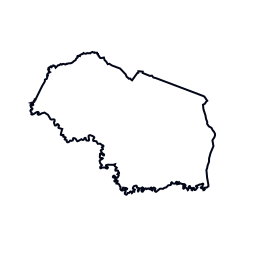 the district of Kaeng Sanam Nang, Nakhon Ratchasima, Thailand, rotated 247°
{"feature_id": "78962969B3158146073423", "entity_name": "Kaeng Sanam Nang", "entity_type": "district", "adm_level": 2, "iso_a3": "THA", "parent_name": "Thailand", "parent_adm1": "Nakhon Ratchasima", "projection": "natural_earth1", "projection_center": [102.24, 15.708], "detail": "fine", "context": "isolated", "style": "outline", "palette": "ink", "viewbox_px": 256, "rotation_deg": 247, "n_neighbors": 0, "source": "geoboundaries", "source_scale": "gbopen_adm2", "svg_char_len": 5703}
<svg xmlns="http://www.w3.org/2000/svg" viewBox="0 0 256 256"><g transform="rotate(247 128 128)"><path d="M122.1,211.6L126.9,210.6L127.7,210.1L162.9,173.3L164.6,171.1L166.8,170.5L167.4,168.5L172.9,163.0L174.1,163.6L174.3,163.3L176.2,159.7L174.8,159.0L175.0,158.1L170.3,150.4L171.8,149.5L172.5,149.5L173.0,148.6L173.1,148.0L174.7,147.4L175.5,146.8L178.3,146.8L185.8,144.0L191.9,137.6L194.4,135.9L194.7,134.3L197.6,133.9L199.7,133.0L202.3,133.3L202.7,131.0L203.3,129.8L204.2,129.7L204.7,129.3L205.5,129.5L206.1,129.0L207.8,129.3L208.0,128.7L209.4,128.9L210.0,127.5L210.6,126.8L210.4,126.5L210.8,126.2L211.0,125.6L211.8,125.2L211.9,123.8L211.5,122.3L211.9,121.9L212.4,120.4L212.9,119.7L212.8,118.2L213.9,116.6L214.4,116.3L213.8,115.1L214.1,114.4L213.8,112.2L213.0,111.8L213.9,110.5L214.0,109.7L213.5,109.3L213.0,109.6L212.5,108.9L212.1,107.4L211.0,106.3L210.6,103.9L210.1,102.9L209.9,100.9L210.8,98.2L210.8,96.7L211.2,96.4L210.9,95.3L212.2,93.7L212.6,92.0L212.3,91.7L213.2,90.8L212.7,89.6L212.8,88.6L213.1,88.3L211.8,84.9L213.8,84.8L214.7,83.8L214.4,83.6L214.4,82.4L213.9,81.5L214.9,81.2L214.7,80.3L214.5,80.1L214.6,79.4L214.1,79.1L214.3,78.3L213.4,77.6L212.8,78.0L212.6,77.4L212.0,77.6L211.3,77.3L210.7,77.8L210.2,77.5L209.9,77.8L209.5,75.4L209.1,74.8L208.8,74.8L208.4,74.4L207.8,74.9L207.3,74.5L207.2,73.7L206.1,73.4L204.9,72.2L205.1,71.0L204.9,70.4L203.3,69.6L200.3,65.5L190.9,54.6L190.9,53.7L190.1,53.8L190.0,53.5L190.3,53.3L190.3,53.0L189.8,52.1L188.9,52.2L188.7,51.8L189.0,48.4L187.4,50.1L186.3,49.8L186.1,48.9L187.2,47.8L187.3,47.3L187.1,47.1L184.8,46.8L183.4,47.6L183.0,47.6L182.4,46.8L182.6,45.5L182.2,45.0L181.3,44.8L179.6,45.3L179.1,45.1L178.6,44.4L178.2,44.5L177.8,45.0L177.7,46.3L178.2,49.6L178.2,50.9L177.8,51.6L177.1,51.9L176.5,51.5L176.3,50.6L176.0,50.3L175.2,50.7L174.9,52.4L175.2,54.3L174.8,57.2L171.3,59.5L166.4,60.1L165.7,60.8L165.0,63.0L164.4,63.6L163.0,63.2L162.4,62.3L162.0,62.0L159.6,61.7L158.8,61.9L158.5,62.5L158.6,63.5L159.2,64.3L159.0,64.9L157.3,65.5L155.6,64.1L155.2,64.1L152.8,67.1L149.5,64.4L148.0,63.5L147.5,63.8L147.2,65.3L146.9,65.8L146.4,65.8L145.9,65.1L145.2,65.1L143.8,66.8L143.4,66.8L142.7,65.6L142.2,65.3L140.7,66.8L139.6,66.3L138.7,66.5L138.3,67.2L138.2,67.9L139.0,69.9L138.3,70.9L138.2,72.2L138.7,72.9L139.9,73.4L139.9,74.2L139.1,75.2L137.6,75.8L136.2,75.9L135.6,76.2L135.5,77.6L135.9,80.7L134.8,81.4L134.5,82.2L134.9,83.3L135.7,84.1L135.7,84.7L135.4,85.0L134.2,84.8L132.8,84.9L131.8,86.6L131.9,87.2L132.2,87.5L136.0,88.5L136.4,89.4L136.2,90.4L134.2,92.5L132.7,93.3L132.2,93.1L131.6,92.0L130.5,91.1L129.7,91.1L128.1,93.7L125.3,94.0L124.3,96.4L122.7,97.2L121.6,98.3L121.1,98.4L120.6,98.1L120.6,96.8L120.3,96.4L119.1,96.8L118.3,96.6L118.2,94.6L117.8,94.1L115.2,94.3L113.1,95.6L112.6,95.5L112.2,95.2L112.3,94.7L114.9,93.3L115.3,92.8L115.1,92.1L113.7,91.5L112.6,90.8L111.8,90.6L111.1,91.0L110.5,92.5L109.9,92.9L109.6,92.4L109.3,89.7L108.8,89.0L106.2,88.7L104.0,89.5L103.1,87.4L102.2,86.8L101.5,87.3L101.7,88.5L100.7,91.3L99.5,92.0L98.8,93.0L98.9,93.5L99.6,94.1L100.3,93.8L101.1,92.9L102.1,93.1L102.4,93.5L102.0,95.3L99.9,99.9L99.7,101.9L98.7,101.0L98.1,100.9L95.8,102.1L95.0,100.3L93.8,99.8L93.4,100.1L93.1,101.7L92.6,102.1L91.3,101.9L90.6,102.3L89.9,102.1L89.8,101.8L90.0,100.8L89.6,100.2L88.6,101.1L88.0,101.0L86.6,99.3L86.5,98.5L87.0,97.4L88.1,97.4L89.6,96.5L89.5,95.5L88.8,94.9L88.4,95.0L87.3,96.2L85.9,97.4L85.2,97.2L85.1,95.4L84.8,94.9L84.3,94.7L83.8,95.0L83.6,97.5L83.3,97.8L82.5,97.4L81.9,95.8L81.5,95.6L80.2,97.4L79.5,97.8L77.4,97.8L76.6,98.1L74.8,97.1L73.4,97.4L72.7,98.1L72.6,98.8L74.5,99.5L75.0,100.2L73.4,102.9L72.5,103.5L72.1,103.2L71.9,102.5L72.6,101.1L72.4,100.7L70.3,100.9L69.6,99.8L68.8,99.4L68.0,99.7L67.3,100.3L67.3,100.7L67.6,101.5L68.3,102.2L67.8,104.1L68.5,104.9L68.6,105.5L68.0,106.2L66.6,106.2L66.9,107.0L67.9,108.0L67.0,108.9L67.7,109.3L68.6,110.2L70.2,108.8L70.8,109.0L71.5,109.7L72.1,110.7L71.9,112.6L71.7,113.1L71.1,113.4L69.7,112.9L68.5,114.4L67.7,114.1L66.9,112.8L66.2,112.5L65.7,112.6L65.9,113.1L67.1,114.2L67.6,115.4L67.4,117.2L67.7,118.0L66.6,118.8L66.0,119.0L65.5,118.6L65.6,116.7L65.3,115.9L64.1,115.9L63.8,116.2L63.7,116.9L64.6,118.0L65.5,120.7L65.3,121.0L64.5,121.3L64.5,123.0L63.3,124.0L63.4,124.4L64.0,125.0L64.1,126.1L63.8,126.3L63.3,126.3L62.0,125.3L61.0,126.0L61.5,126.8L62.8,126.6L63.1,128.4L62.5,129.1L61.6,129.5L61.1,129.3L60.6,128.6L59.3,128.1L58.5,128.5L58.3,129.2L59.6,133.6L59.3,134.6L58.3,136.5L58.7,138.1L58.4,139.9L59.5,142.7L58.9,144.8L59.2,145.5L60.7,146.3L61.0,146.9L60.7,147.3L59.6,147.4L58.5,149.2L58.3,150.1L59.3,150.9L59.5,151.6L59.2,152.1L58.9,152.2L57.5,151.2L57.0,151.2L57.0,152.0L58.1,153.1L58.3,153.8L57.9,153.9L57.1,153.1L56.6,153.2L56.4,154.9L55.3,155.9L54.5,157.7L53.5,158.5L52.7,158.5L52.4,158.1L53.0,156.2L50.7,155.2L50.4,155.4L50.4,155.8L50.9,157.2L50.6,157.9L49.5,158.5L47.4,158.8L47.5,159.1L50.3,161.1L50.6,161.8L50.4,162.2L50.0,162.3L49.4,161.2L48.9,161.0L47.8,163.2L47.4,163.1L46.3,162.3L45.6,162.7L45.7,163.0L47.2,164.2L47.4,164.7L47.1,165.2L46.7,165.3L45.7,165.0L44.9,165.1L44.7,165.7L44.8,166.4L46.1,168.7L46.7,168.6L47.4,167.8L47.9,167.8L48.1,168.2L47.9,170.0L48.0,171.9L47.6,173.2L47.6,175.0L47.3,175.4L46.8,175.3L46.2,174.4L45.1,173.8L44.8,173.2L44.9,172.0L44.6,171.7L43.9,172.0L43.7,173.1L41.8,173.2L41.7,173.7L41.2,173.4L41.1,173.8L41.5,174.7L42.7,174.5L43.0,174.8L43.0,175.7L42.4,177.0L42.6,178.0L42.9,178.7L42.9,179.2L44.6,179.9L51.3,181.4L58.8,183.8L59.9,185.0L62.2,186.5L65.3,189.4L68.2,190.7L72.6,194.1L78.0,199.6L83.7,200.9L85.7,203.9L87.2,205.2L88.5,205.8L90.9,205.7L92.7,205.1L95.5,204.9L97.9,203.1L100.3,202.5L101.3,202.6L102.6,203.3L106.0,203.4L109.2,204.2L115.9,204.8L120.1,206.1L120.3,208.2L121.7,210.3L122.1,211.6Z" fill="none" stroke="#020617" stroke-width="2"/></g></svg>